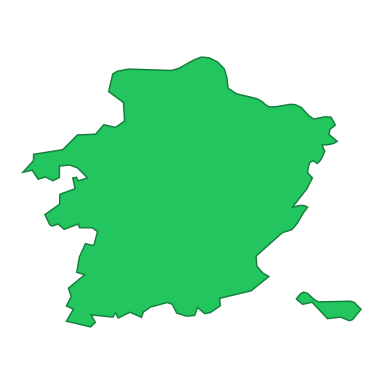 SVG path tracing the border of Limburg
{"feature_id": "BEL-3", "entity_name": "Limburg", "entity_type": "Province", "adm_level": 1, "iso_a3": "BEL", "parent_name": "Belgium", "parent_adm1": "", "projection": "robinson", "projection_center": [5.471, 50.993], "detail": "fine", "context": "isolated", "style": "filled", "palette": "green", "viewbox_px": 384, "rotation_deg": 0, "n_neighbors": 0, "source": "natural_earth", "source_scale": "10m", "svg_char_len": 1824}
<svg xmlns="http://www.w3.org/2000/svg" viewBox="0 0 384 384"><path d="M230.2,89.6L236.4,93.8L256.9,98.7L261.9,101.5L265.3,104.6L269.3,106.9L275.5,106.8L290.7,104.3L295.4,104.7L301.3,107.5L308.9,115.8L313.7,119.0L324.9,116.8L331.0,117.2L334.3,123.0L335.2,125.2L330.1,129.2L328.9,134.4L337.2,141.4L333.9,143.2L330.2,144.4L326.3,144.9L322.3,144.5L323.2,147.8L323.8,149.2L324.8,151.1L322.1,157.3L320.1,160.6L317.4,163.5L313.2,160.7L310.2,162.1L308.4,166.5L307.5,172.6L312.4,177.9L306.7,189.0L292.4,207.2L300.5,205.4L304.0,205.5L307.6,207.2L303.4,212.8L297.2,223.4L292.5,229.0L290.7,230.1L286.5,231.3L282.3,232.7L256.1,256.0L256.9,266.2L262.8,273.1L268.9,276.5L251.1,290.8L219.6,298.3L220.3,305.7L210.5,312.5L204.7,313.6L197.5,307.4L194.6,315.5L186.5,316.1L176.7,313.1L172.2,304.2L167.3,302.5L150.5,307.0L143.3,312.1L141.5,317.3L129.9,312.2L118.2,318.0L115.6,312.8L112.9,317.1L91.2,314.9L95.3,322.4L90.6,326.9L66.4,321.2L73.4,309.2L66.4,305.9L71.3,296.6L68.4,288.2L84.8,274.7L76.8,272.4L79.4,257.0L85.5,243.6L92.6,245.5L94.3,244.1L97.5,231.5L92.2,227.8L79.5,227.7L78.2,224.0L64.2,229.3L58.1,224.0L52.1,226.1L49.7,224.6L44.9,214.6L59.6,204.3L59.9,194.3L75.1,188.7L72.8,178.0L76.4,177.3L78.2,180.9L87.5,177.9L77.6,167.9L69.6,165.0L59.4,166.0L59.4,177.5L52.9,180.7L45.4,177.0L38.1,179.2L32.3,170.2L23.0,172.2L33.5,160.6L33.6,154.3L62.7,149.7L77.4,135.0L95.6,134.2L103.8,124.7L115.5,127.4L124.6,121.0L123.5,102.6L108.7,91.6L112.7,74.2L117.1,71.3L128.4,69.1L171.4,70.5L178.9,68.3L194.1,59.8L201.3,57.1L209.1,57.8L217.6,62.0L224.3,69.0L226.9,77.8L228.1,88.2L230.2,89.6ZM303.5,292.1L307.2,293.2L314.6,299.8L318.3,301.9L349.9,301.2L354.1,302.3L361.0,309.3L352.5,319.6L349.3,320.7L340.6,317.1L327.5,318.6L312.1,302.3L302.7,304.3L297.3,299.9L296.4,298.8L300.3,294.1L303.5,292.1Z" fill="#22c55e" stroke="#15803d" stroke-width="1.5"/></svg>